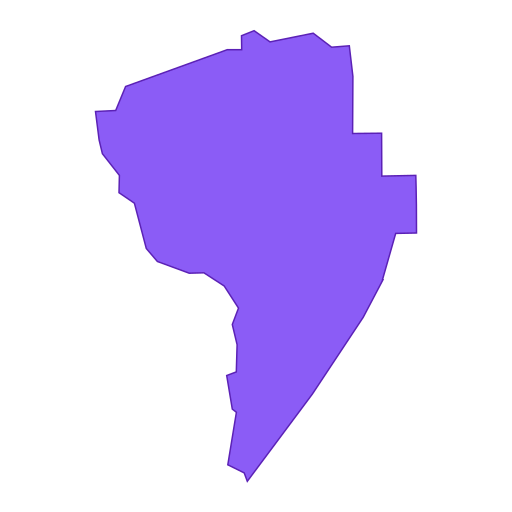 outline of Assumption, Louisiana, United States of America
{"feature_id": "52423323B50058154101732", "entity_name": "Assumption", "entity_type": "district", "adm_level": 2, "iso_a3": "USA", "parent_name": "United States of America", "parent_adm1": "Louisiana", "projection": "mercator", "projection_center": [-91.067, 29.854], "detail": "fine", "context": "isolated", "style": "filled", "palette": "violet", "viewbox_px": 512, "rotation_deg": 0, "n_neighbors": 0, "source": "geoboundaries", "source_scale": "gbopen_adm2", "svg_char_len": 659}
<svg xmlns="http://www.w3.org/2000/svg" viewBox="0 0 512 512"><path d="M349.3,45.8L331.6,47.2L313.2,33.2L270.0,41.9L254.1,30.7L241.5,35.7L241.7,49.7L227.2,49.7L125.6,86.5L115.7,110.5L95.5,111.5L99.1,139.9L102.4,153.7L119.4,175.4L119.0,192.7L134.4,203.2L146.3,248.5L157.4,261.5L189.2,273.2L203.9,272.8L224.2,286.0L238.5,308.1L232.3,324.5L237.1,344.7L236.3,371.9L226.7,375.5L232.3,409.1L236.4,412.3L227.8,464.8L244.2,472.9L247.3,481.3L312.4,394.0L363.2,317.3L383.0,279.7L382.5,279.6L395.7,233.4L416.5,233.0L416.4,205.4L416.1,187.2L415.8,175.4L381.8,176.1L381.6,133.2L352.6,133.5L352.9,76.4L349.3,45.8Z" fill="#8b5cf6" stroke="#5b21b6" stroke-width="1.5"/></svg>